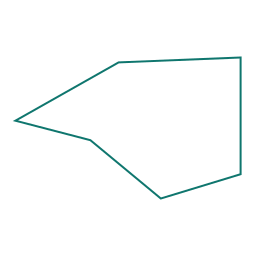 an SVG outline of Angeles
{"feature_id": "PHL-5538", "entity_name": "Angeles", "entity_type": "Highly Urbanized City", "adm_level": 1, "iso_a3": "PHL", "parent_name": "Philippines", "parent_adm1": "", "projection": "orthographic", "projection_center": [120.591, 15.141], "detail": "fine", "context": "isolated", "style": "outline", "palette": "teal", "viewbox_px": 256, "rotation_deg": 0, "n_neighbors": 0, "source": "natural_earth", "source_scale": "10m", "svg_char_len": 206}
<svg xmlns="http://www.w3.org/2000/svg" viewBox="0 0 256 256"><path d="M240.6,57.5L240.6,174.2L160.8,198.5L90.4,140.2L15.4,120.7L118.6,62.4L240.6,57.5Z" fill="none" stroke="#0f766e" stroke-width="2"/></svg>